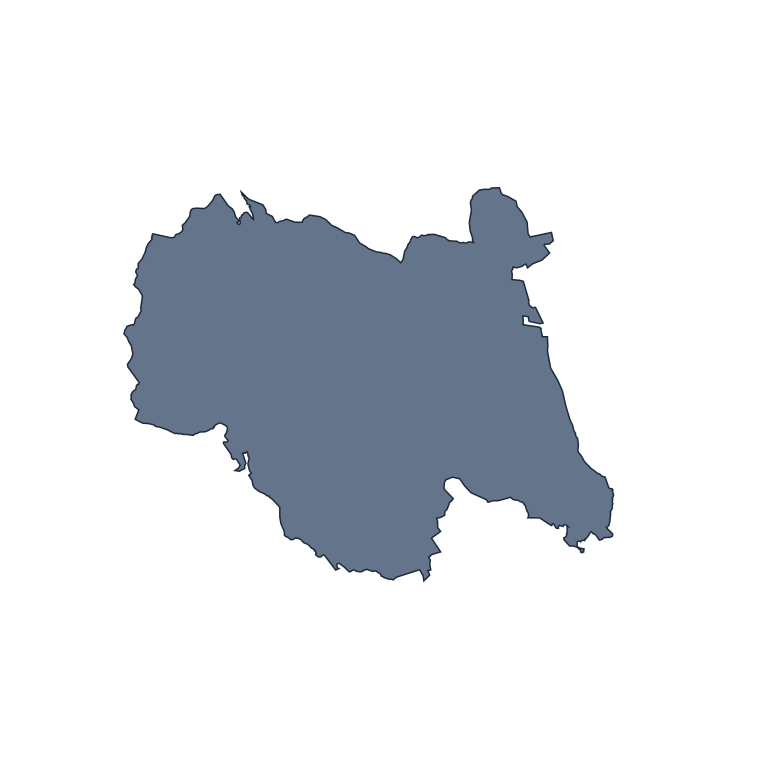 outline of Creaca, Salaj, Romania, rotated 235°
{"feature_id": "2599482B65302894831866", "entity_name": "Creaca", "entity_type": "district", "adm_level": 2, "iso_a3": "ROU", "parent_name": "Romania", "parent_adm1": "Salaj", "projection": "robinson", "projection_center": [23.215, 47.191], "detail": "fine", "context": "isolated", "style": "filled", "palette": "slate", "viewbox_px": 768, "rotation_deg": 235, "n_neighbors": 0, "source": "geoboundaries", "source_scale": "gbopen_adm2", "svg_char_len": 6171}
<svg xmlns="http://www.w3.org/2000/svg" viewBox="0 0 768 768"><g transform="rotate(235 384 384)"><path d="M404.3,604.8L412.1,608.1L420.6,588.1L424.4,588.2L434.6,594.1L445.9,595.5L452.9,594.8L458.1,597.0L466.5,593.0L471.2,589.6L473.3,589.6L478.6,591.1L482.8,584.6L483.0,581.9L485.7,578.3L488.2,573.4L487.1,564.4L485.0,562.3L484.8,561.0L483.3,559.0L476.1,555.2L467.4,546.5L460.2,542.5L452.5,540.2L450.9,538.8L448.5,538.6L451.7,535.2L452.5,531.7L454.5,530.2L455.4,527.9L457.0,526.4L458.9,525.8L463.6,519.9L466.1,518.5L468.7,518.2L477.7,511.1L480.1,507.4L480.1,506.6L481.3,505.9L481.4,504.2L482.3,502.2L483.6,500.7L484.3,500.5L484.1,496.8L484.9,494.9L487.3,493.7L488.3,491.9L487.0,488.7L485.4,486.8L484.6,484.0L482.1,480.1L481.0,477.2L475.2,471.1L473.6,467.3L479.0,466.2L486.3,463.2L490.4,460.0L491.5,458.3L493.3,457.2L496.7,453.4L504.1,448.7L506.7,448.1L513.5,444.9L522.6,445.2L527.6,442.1L530.4,439.1L538.7,435.3L544.1,432.1L552.1,430.6L557.7,427.6L565.2,419.8L564.9,417.4L565.4,413.6L564.7,411.5L563.4,409.7L567.5,404.0L575.1,398.5L575.6,395.1L577.0,391.7L577.2,389.2L578.7,387.9L585.3,388.6L591.3,385.4L594.6,387.2L600.1,387.6L613.1,379.1L623.0,377.2L619.7,376.1L617.6,377.0L616.5,376.1L612.3,376.3L609.9,375.1L608.7,376.1L606.4,376.8L605.9,376.6L606.6,375.4L606.3,375.2L598.0,373.7L594.0,371.7L593.7,371.3L602.9,370.5L603.9,369.3L604.5,367.4L603.7,365.8L604.0,364.2L602.7,362.9L602.9,360.9L598.1,358.6L597.7,357.3L598.4,356.2L600.6,356.2L600.3,357.8L601.4,358.7L606.3,358.4L610.8,359.9L614.6,360.2L618.9,358.6L633.4,358.6L635.1,355.5L635.3,354.2L634.7,352.3L632.9,349.5L632.2,347.5L630.6,341.2L630.6,338.9L630.9,337.3L635.5,331.4L637.3,328.1L637.4,326.2L636.4,324.4L632.7,320.9L630.1,313.4L629.6,309.7L625.7,307.8L624.8,305.2L624.7,302.9L625.8,299.3L624.5,296.5L625.5,294.0L626.9,292.5L639.6,280.8L638.7,279.1L637.3,278.4L637.4,277.7L635.6,276.9L634.3,271.7L632.4,268.0L629.0,264.0L625.2,257.5L623.6,251.5L620.0,249.5L619.9,246.9L618.2,244.9L614.1,244.2L612.4,240.5L609.1,237.3L609.2,236.1L606.3,236.1L602.5,237.3L596.1,236.9L593.5,235.7L585.7,228.2L583.5,227.2L580.2,221.4L580.1,218.2L576.4,213.9L576.1,212.5L577.0,211.9L578.7,206.7L577.3,204.4L576.9,202.8L574.3,199.8L569.3,200.3L565.0,199.2L560.4,199.0L552.5,195.4L549.5,191.2L547.3,185.2L544.9,184.0L525.6,184.3L524.5,183.1L525.1,182.0L524.7,180.4L522.1,177.7L521.7,173.1L519.8,170.1L518.2,169.6L516.7,167.9L512.4,167.8L508.5,166.8L503.4,168.3L497.8,159.9L490.3,163.9L486.6,168.4L482.8,171.9L480.3,172.6L477.2,175.7L471.1,180.0L463.2,184.4L462.6,185.9L461.2,186.8L460.4,188.4L457.4,191.1L456.1,193.2L452.3,197.2L451.3,198.5L451.6,200.3L450.6,202.7L450.4,205.4L447.4,210.2L446.5,214.4L446.7,216.1L445.5,218.5L446.0,220.1L446.7,220.0L446.9,222.3L447.0,224.2L446.1,227.6L441.0,230.4L438.8,230.9L437.4,230.4L434.5,227.0L433.3,224.2L432.2,223.5L427.2,223.9L426.4,222.0L428.4,219.7L428.4,219.1L427.1,218.4L413.7,218.3L411.1,217.0L409.4,217.1L408.7,217.2L408.5,218.5L407.2,220.0L400.1,219.6L398.6,216.9L398.6,212.3L395.5,215.5L394.7,221.5L396.9,222.9L398.2,225.4L408.5,228.5L406.9,230.6L406.9,231.2L407.5,231.5L406.6,233.1L402.6,231.3L400.9,231.3L396.8,226.9L395.3,226.1L390.3,224.2L387.0,224.0L386.8,220.8L381.0,220.7L376.5,218.7L373.1,218.3L367.6,220.1L362.7,223.1L359.3,224.2L358.0,225.6L357.1,225.2L353.7,226.4L342.9,228.0L334.9,222.4L329.1,219.6L319.8,217.5L317.6,215.8L315.7,215.9L312.9,217.6L309.9,218.2L308.7,220.6L308.6,223.0L307.0,225.0L304.6,226.5L300.1,227.2L296.0,229.8L291.2,230.5L287.7,232.2L287.3,231.4L284.9,231.8L283.5,230.1L280.6,230.7L279.2,231.9L278.6,233.2L278.9,236.2L278.0,237.0L259.3,237.7L258.7,241.2L260.0,240.4L262.7,241.2L263.6,243.0L262.9,244.3L257.8,246.2L250.0,247.8L249.3,250.3L249.7,251.7L249.2,252.6L246.7,253.8L244.2,256.2L243.0,258.3L242.8,259.7L243.2,260.8L242.2,262.4L242.1,263.7L237.0,267.1L235.8,270.0L230.2,272.1L228.4,271.5L226.7,272.7L225.8,272.7L220.8,276.5L219.6,278.4L218.3,279.1L218.6,283.5L211.5,306.5L204.6,306.1L199.9,303.7L201.1,311.7L205.9,312.9L204.8,315.6L209.9,318.0L213.2,320.9L216.6,321.2L216.3,323.0L217.1,324.6L214.0,334.1L230.5,334.5L230.8,345.8L235.7,345.6L240.9,349.2L243.9,350.2L242.2,353.8L241.7,358.4L244.8,360.9L245.0,363.5L249.4,370.0L249.5,372.3L250.4,375.0L262.6,373.1L264.3,373.4L268.4,376.8L269.8,379.0L269.9,380.1L268.7,385.7L268.0,387.0L263.0,391.6L254.2,391.6L245.0,392.9L230.5,401.5L227.7,401.3L227.0,402.2L226.2,405.9L223.0,410.3L218.5,422.8L216.1,423.2L214.0,424.6L211.8,427.1L209.4,428.2L207.7,429.6L205.4,429.8L203.1,429.9L198.2,428.3L195.3,428.1L193.0,426.7L191.9,425.1L185.1,434.6L172.0,439.9L171.8,440.3L172.8,441.4L172.1,442.8L167.4,442.3L166.7,442.8L165.7,444.1L166.9,444.8L167.7,446.4L164.5,449.0L165.5,450.8L164.6,452.1L161.3,453.1L162.0,452.0L157.3,449.0L156.9,447.8L155.0,446.6L154.5,443.7L154.8,443.1L154.1,443.1L153.5,442.1L144.9,443.1L142.3,446.7L138.4,449.1L137.1,448.9L135.7,449.8L133.5,448.7L132.1,449.6L132.4,450.6L131.9,451.1L134.2,453.3L137.3,450.3L140.0,448.9L143.6,451.4L144.0,452.8L143.6,453.7L141.9,454.5L142.3,455.6L141.9,457.4L140.6,458.5L141.8,460.0L141.4,460.4L142.3,463.9L144.3,468.5L144.2,469.1L141.7,469.4L139.3,470.9L132.7,470.8L131.6,473.3L132.1,475.8L128.6,481.5L128.4,483.9L129.7,485.2L131.3,485.2L136.9,484.0L139.1,484.0L138.8,485.2L139.1,486.9L141.5,489.8L148.0,495.5L149.7,496.2L149.9,497.3L151.4,499.9L153.8,501.5L154.8,502.9L156.6,503.4L158.0,505.0L159.4,505.0L159.8,506.4L161.5,508.5L165.8,509.8L165.9,510.8L167.6,510.7L168.4,509.3L170.2,508.7L181.0,511.7L183.3,509.8L186.6,509.0L187.6,508.0L196.8,505.0L205.4,503.7L212.2,504.4L216.5,504.1L218.7,504.8L222.4,508.2L228.2,511.3L231.9,511.4L233.8,512.6L237.1,512.8L242.2,514.9L247.9,515.8L261.6,520.3L276.0,526.2L287.5,528.4L301.4,529.6L317.7,537.0L320.3,539.4L329.0,545.0L331.8,540.9L339.1,543.9L339.4,544.6L341.6,543.7L352.8,532.0L356.7,534.9L360.2,536.6L356.5,540.8L352.1,538.8L343.9,546.4L342.7,549.3L359.9,552.0L361.4,549.3L365.0,548.2L368.2,549.3L369.2,550.6L388.2,557.0L391.1,554.6L396.1,548.7L400.1,551.9L403.4,553.3L404.5,555.8L405.8,556.7L402.9,559.6L401.2,564.7L401.4,567.1L400.9,569.0L396.8,568.2L397.2,574.7L394.9,584.5L396.3,594.8L405.9,594.7L406.0,596.4L403.8,599.7L404.3,604.8Z" fill="#64748b" stroke="#1e293b" stroke-width="1.5"/></g></svg>